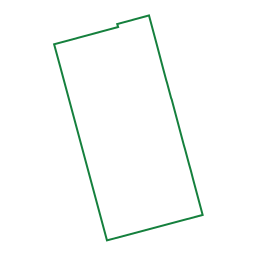 outline of Todd, South Dakota, United States of America, rotated 255°
{"feature_id": "52423323B83627610522987", "entity_name": "Todd", "entity_type": "district", "adm_level": 2, "iso_a3": "USA", "parent_name": "United States of America", "parent_adm1": "South Dakota", "projection": "natural_earth1", "projection_center": [-100.67, 43.194], "detail": "fine", "context": "isolated", "style": "outline", "palette": "green", "viewbox_px": 256, "rotation_deg": 255, "n_neighbors": 0, "source": "geoboundaries", "source_scale": "gbopen_adm2", "svg_char_len": 475}
<svg xmlns="http://www.w3.org/2000/svg" viewBox="0 0 256 256"><g transform="rotate(255 128 128)"><path d="M24.7,177.6L24.9,177.6L25.0,177.6L61.8,177.6L70.4,177.7L77.6,177.6L78.8,177.6L89.2,177.6L92.9,177.6L97.0,177.5L144.4,177.6L145.6,177.4L160.1,177.4L161.9,177.4L163.9,177.3L176.3,177.3L199.8,177.4L201.0,177.4L214.2,177.4L215.4,177.4L231.3,177.4L231.2,144.5L228.1,144.6L228.0,78.3L204.3,78.4L24.9,78.6L24.7,177.6Z" fill="none" stroke="#15803d" stroke-width="2"/></g></svg>